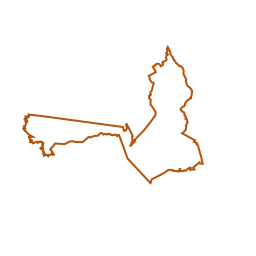 Marín, Nuevo León, Mexico (Natural Earth projection), rotated 229°
{"feature_id": "50627088B14710465846711", "entity_name": "Marín", "entity_type": "district", "adm_level": 2, "iso_a3": "MEX", "parent_name": "Mexico", "parent_adm1": "Nuevo León", "projection": "natural_earth1", "projection_center": [-99.927, 25.886], "detail": "fine", "context": "isolated", "style": "outline", "palette": "amber", "viewbox_px": 256, "rotation_deg": 229, "n_neighbors": 0, "source": "geoboundaries", "source_scale": "gbopen_adm2", "svg_char_len": 5790}
<svg xmlns="http://www.w3.org/2000/svg" viewBox="0 0 256 256"><g transform="rotate(229 128 128)"><path d="M163.1,211.2L162.7,210.0L162.4,209.5L161.7,209.0L160.1,208.2L159.8,207.8L159.6,206.4L159.6,206.1L159.4,205.8L158.9,205.8L157.7,206.2L157.2,206.2L157.1,205.9L157.3,204.8L157.2,203.9L156.3,203.1L155.8,202.7L155.1,202.6L154.5,202.2L154.2,201.9L154.1,201.5L154.1,201.0L154.3,200.4L154.5,199.0L154.9,197.9L155.1,197.0L154.9,196.8L154.4,196.8L154.1,196.9L153.7,196.8L153.4,196.6L153.1,196.3L152.7,195.3L152.8,195.0L152.8,193.8L153.0,193.3L153.4,193.3L154.4,193.6L155.6,193.5L156.5,193.1L157.2,192.4L157.6,191.6L157.9,190.4L157.8,189.7L157.3,189.6L157.9,186.9L157.1,186.9L156.4,186.6L151.9,185.7L153.7,177.9L151.4,177.0L150.4,176.3L149.2,176.1L146.7,175.9L145.8,176.8L144.8,176.7L143.6,174.7L143.1,174.0L143.0,173.8L142.0,172.4L140.9,171.0L140.5,170.2L140.2,168.3L139.4,167.4L138.1,167.2L137.9,165.4L138.5,165.3L138.5,165.1L136.8,163.5L136.5,163.4L135.9,163.7L134.2,163.5L133.0,162.1L130.7,160.2L130.6,160.3L129.6,160.4L126.8,160.0L123.2,159.5L121.4,159.0L119.6,156.8L117.8,149.2L115.8,138.5L114.8,127.1L114.7,124.9L113.5,124.9L112.9,118.7L112.7,117.4L113.1,118.4L113.6,119.5L113.8,120.1L114.4,120.6L114.6,121.7L115.1,122.6L115.9,123.5L116.4,123.7L116.8,124.2L118.6,125.0L118.9,125.6L118.9,126.0L118.9,126.4L131.7,129.6L131.8,128.8L131.5,128.5L130.2,127.8L129.7,127.9L129.2,127.9L128.5,126.9L128.0,125.9L127.7,125.0L127.8,124.6L128.3,123.6L128.4,123.1L132.1,124.8L175.3,86.8L188.7,75.1L203.1,62.1L202.5,61.9L202.4,61.7L202.9,60.7L202.8,60.4L202.6,60.4L202.0,60.7L201.5,60.7L201.4,60.6L201.4,60.2L201.7,59.4L201.9,59.1L202.4,58.6L202.8,58.5L203.3,58.7L203.5,58.6L204.0,58.3L203.9,58.1L203.5,57.6L203.0,57.4L202.7,57.5L201.8,58.4L201.7,58.4L201.6,58.0L201.7,57.3L201.7,57.1L202.1,56.9L202.4,56.5L202.5,55.9L202.5,55.6L202.3,55.5L201.9,55.5L200.5,56.5L200.0,56.7L199.6,56.6L198.9,56.1L198.9,55.9L199.0,55.6L199.9,55.3L200.2,55.1L200.1,54.8L199.8,54.6L199.1,55.1L198.9,55.0L198.5,54.6L198.2,53.9L197.7,53.0L197.4,52.8L197.3,52.0L197.7,50.4L197.6,50.2L197.3,50.1L196.9,50.6L196.6,50.7L196.4,50.7L196.1,50.7L195.6,50.3L195.1,50.1L195.0,49.9L195.2,49.6L195.9,49.7L196.2,49.6L196.4,49.1L196.3,48.8L196.1,48.5L195.9,48.4L195.0,48.4L194.3,48.9L194.1,48.5L193.5,48.4L192.0,48.7L190.4,48.7L189.6,48.6L186.6,49.4L183.7,50.4L185.3,48.2L186.5,48.2L186.3,47.3L184.9,46.8L184.1,46.7L182.6,46.8L182.5,47.3L181.9,47.4L182.4,45.4L181.4,44.8L179.9,46.5L179.0,46.2L178.9,46.8L178.4,47.1L178.5,47.7L176.9,50.8L176.1,50.3L176.1,51.3L175.4,51.7L175.5,52.5L175.1,53.0L174.8,52.8L174.4,53.1L174.5,53.5L174.2,53.8L173.6,53.7L173.5,54.1L171.8,54.0L171.9,53.1L171.7,52.7L170.8,52.6L171.0,51.7L170.4,51.1L169.7,51.2L169.0,50.2L170.3,49.0L170.0,48.4L168.6,48.8L168.4,50.0L168.2,50.4L167.3,49.5L166.5,49.4L166.0,48.5L165.6,48.9L165.0,48.7L164.6,47.4L164.3,47.3L163.6,48.0L163.3,47.9L163.0,46.6L162.2,46.3L162.1,47.4L161.8,48.0L161.9,48.3L161.3,48.2L160.2,49.9L159.9,49.4L159.2,49.3L159.7,50.4L158.9,50.9L158.7,53.1L157.0,53.6L157.1,54.3L156.7,54.7L157.7,55.0L158.8,54.4L159.8,54.7L160.0,55.3L161.0,55.5L162.9,55.3L163.4,57.7L163.1,58.9L163.9,61.3L164.1,62.8L159.4,67.6L157.2,70.0L156.3,74.3L155.0,76.8L154.3,77.6L153.7,78.1L152.4,78.7L150.5,80.7L147.1,84.5L147.0,91.4L147.2,91.7L147.1,92.1L146.8,92.9L145.9,93.1L145.5,93.6L145.5,93.8L145.0,94.4L144.8,95.5L144.0,97.7L143.3,98.4L142.3,99.7L142.1,100.1L141.9,102.1L142.4,103.2L142.2,103.9L141.8,104.3L141.6,104.4L141.2,104.9L140.7,105.0L140.2,105.0L139.2,105.1L139.0,106.0L138.7,106.3L138.5,106.9L138.3,107.1L137.5,107.4L137.1,107.5L136.9,107.6L136.9,108.5L136.5,109.5L136.0,109.6L135.6,109.9L135.5,110.1L135.1,110.1L134.8,110.7L134.1,110.8L133.8,110.7L132.6,111.6L132.5,112.2L132.1,112.7L131.7,113.6L131.5,114.0L130.7,114.5L129.6,114.3L128.9,114.5L128.9,114.8L129.2,115.8L129.2,116.0L128.5,116.6L105.3,107.7L71.7,108.8L72.2,110.0L73.7,112.1L70.5,125.3L69.8,131.2L68.9,132.0L68.5,132.6L66.7,134.1L66.3,133.7L63.3,136.6L62.2,137.5L63.0,139.5L63.2,140.2L62.9,140.5L61.3,138.9L61.0,139.7L60.2,140.5L59.4,141.0L59.4,142.0L59.2,142.3L59.0,142.7L58.8,142.6L58.6,142.7L57.8,143.8L58.0,146.8L57.7,147.5L57.7,147.8L57.5,147.6L56.7,148.9L55.7,147.5L53.6,150.3L53.2,151.0L55.4,151.4L55.1,159.1L54.6,158.6L52.0,160.9L58.5,164.4L68.9,169.3L69.3,169.4L70.7,169.0L71.2,170.2L71.7,170.0L74.4,168.7L74.6,170.5L88.5,165.4L88.2,166.6L88.6,168.0L88.6,168.7L88.5,169.5L88.5,169.8L89.0,170.4L89.4,171.3L90.0,172.0L90.7,172.6L91.9,173.3L91.9,173.5L92.0,174.0L92.5,175.0L92.6,175.7L93.0,175.9L93.5,176.7L94.3,177.1L95.0,177.8L95.7,178.1L96.4,177.8L96.3,178.0L96.6,178.2L98.1,178.3L98.3,178.4L98.2,178.8L98.6,179.1L98.9,179.1L100.1,179.3L100.3,179.2L100.5,179.0L101.1,179.5L101.4,179.6L101.5,179.9L102.0,179.9L102.7,180.5L103.2,180.5L103.9,180.2L105.0,179.6L105.9,179.7L106.6,179.7L107.6,180.1L108.0,180.9L108.2,181.4L108.1,183.3L107.7,184.7L107.7,185.3L108.2,186.4L109.1,187.2L109.3,187.9L109.4,188.3L109.8,189.1L109.8,189.5L109.7,189.8L109.7,190.5L109.9,191.0L109.6,191.9L109.6,193.8L109.3,194.5L109.1,194.7L109.1,195.0L109.3,195.3L110.1,195.7L110.2,196.2L110.5,196.5L110.7,197.2L111.0,197.5L112.8,199.4L113.1,200.1L114.5,200.9L115.2,200.8L115.3,200.8L115.4,201.0L115.8,201.1L116.8,201.0L117.5,201.2L119.3,200.9L120.8,200.6L122.0,200.6L123.4,201.5L124.2,201.8L125.3,202.7L125.9,203.0L126.3,203.6L127.8,204.2L128.3,204.2L129.0,204.4L129.5,204.3L130.2,204.9L132.1,205.2L133.6,206.3L133.9,206.9L134.2,207.1L134.6,207.7L135.7,208.0L136.0,208.1L136.6,208.2L137.8,208.7L138.8,208.6L140.1,208.3L140.5,208.1L140.8,207.4L141.6,207.2L142.5,207.4L142.8,207.6L143.3,207.5L144.6,206.9L145.9,207.0L147.3,207.3L149.4,207.3L150.1,207.4L151.2,207.8L151.8,208.3L153.2,208.1L154.2,208.3L154.9,208.3L155.6,208.4L156.4,208.7L157.3,209.6L159.5,210.3L163.1,211.2Z" fill="none" stroke="#b45309" stroke-width="2"/></g></svg>